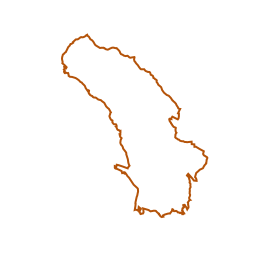 Farau, Alba, Romania, rotated 220°
{"feature_id": "2599482B58805597350523", "entity_name": "Farau", "entity_type": "district", "adm_level": 2, "iso_a3": "ROU", "parent_name": "Romania", "parent_adm1": "Alba", "projection": "equal_earth", "projection_center": [24.029, 46.338], "detail": "fine", "context": "isolated", "style": "outline", "palette": "amber", "viewbox_px": 256, "rotation_deg": 220, "n_neighbors": 0, "source": "geoboundaries", "source_scale": "gbopen_adm2", "svg_char_len": 5780}
<svg xmlns="http://www.w3.org/2000/svg" viewBox="0 0 256 256"><g transform="rotate(220 128 128)"><path d="M219.2,173.2L219.6,172.3L219.6,171.3L220.1,169.8L220.8,168.6L221.5,167.9L221.9,167.8L222.4,167.4L222.8,166.5L222.9,165.6L223.5,163.6L224.9,162.3L225.4,158.4L224.8,158.1L224.9,157.6L225.2,156.7L225.6,155.8L226.0,155.4L225.6,153.4L225.8,151.6L224.8,147.7L224.6,146.6L224.4,146.2L224.7,145.3L224.8,144.6L224.7,143.9L225.0,142.8L225.0,142.2L224.6,141.5L224.2,140.4L223.3,138.9L222.4,138.0L220.4,136.5L219.9,135.4L216.9,135.4L214.1,135.1L213.9,134.2L216.2,134.4L216.3,133.9L215.3,133.2L214.9,132.6L214.5,132.5L214.6,131.6L213.7,131.6L213.2,131.2L213.4,130.3L212.9,129.8L212.6,129.8L212.3,129.6L211.7,129.4L211.5,129.5L211.4,130.4L211.0,130.6L209.5,131.1L209.2,131.6L208.9,131.5L207.4,130.3L207.0,129.8L205.5,129.9L203.6,131.2L200.3,132.6L198.2,132.9L196.2,133.0L194.1,132.7L192.6,133.1L191.5,132.8L189.5,132.7L188.1,132.5L186.1,131.4L182.8,130.5L182.9,131.0L182.8,131.4L182.6,131.5L181.9,131.6L180.6,129.6L180.3,129.4L180.0,129.2L179.0,129.3L178.2,128.9L176.4,129.3L175.9,129.5L175.7,129.4L175.4,129.4L175.0,129.2L173.8,129.4L172.5,130.4L171.9,130.6L169.1,130.7L166.6,131.9L165.5,131.8L162.3,132.0L158.6,130.5L156.4,130.3L155.0,130.4L151.1,128.9L151.2,128.3L151.0,127.7L150.6,127.2L150.0,125.4L149.7,125.0L148.3,124.2L146.6,123.5L145.8,123.4L144.9,123.8L144.6,123.7L143.8,122.5L143.4,122.2L142.0,121.9L141.2,121.9L140.2,122.5L139.8,123.0L139.4,123.1L138.0,122.3L137.7,121.9L138.0,121.3L137.7,121.3L137.3,121.1L135.4,120.1L134.6,120.0L133.8,120.3L133.6,120.5L132.5,120.4L132.0,121.0L130.9,119.7L130.2,118.6L129.8,118.2L130.4,117.8L129.8,117.3L128.2,116.2L126.4,116.1L125.9,114.1L124.5,111.9L123.9,111.4L122.6,110.7L121.5,110.7L120.9,110.5L119.5,109.9L118.5,109.1L115.7,108.5L113.7,108.0L113.1,107.6L112.5,106.8L108.1,104.0L105.4,101.6L103.7,100.5L102.6,100.1L102.6,97.6L102.3,96.9L107.5,95.0L111.5,93.4L113.0,92.6L112.0,90.8L113.6,90.3L112.6,89.1L112.2,88.9L111.5,88.9L110.7,89.4L108.8,90.0L106.5,90.6L105.2,90.9L103.5,89.7L103.3,90.0L102.7,90.3L102.8,91.0L102.7,91.6L101.5,92.0L101.1,91.1L100.9,91.0L100.6,91.3L100.7,91.5L99.8,91.6L97.5,90.8L95.3,90.6L87.2,88.2L82.3,88.0L81.4,87.8L79.7,86.1L79.2,85.4L78.9,84.7L77.5,82.2L77.2,81.3L77.1,80.9L74.6,76.1L73.7,74.8L73.4,74.8L72.0,72.7L70.2,69.6L70.0,70.0L69.5,70.3L68.7,70.9L66.9,71.2L69.0,74.4L67.0,74.4L66.4,74.6L66.1,74.3L65.9,72.8L65.7,72.2L64.9,70.7L63.8,70.7L63.3,70.2L63.0,70.2L61.9,71.9L61.6,72.1L61.6,72.5L62.0,73.6L64.7,76.1L59.5,78.4L57.2,78.6L55.0,81.3L53.6,82.3L53.3,82.4L52.3,82.2L50.6,82.1L49.3,82.3L49.2,82.3L48.8,81.6L48.1,81.8L47.8,81.8L46.8,81.3L46.1,81.2L45.6,81.5L44.9,81.5L44.7,81.8L43.9,82.8L44.5,83.1L45.0,83.5L44.4,84.7L44.4,85.0L42.5,87.9L41.3,89.3L40.9,89.4L41.0,92.1L41.0,92.6L41.6,93.7L41.8,94.3L41.1,94.5L40.9,94.5L40.7,93.8L40.6,93.6L39.3,93.9L38.3,94.8L38.0,95.3L37.5,95.5L36.2,95.6L35.6,95.4L34.8,96.0L34.1,96.1L33.9,96.3L33.4,96.3L33.1,96.7L33.0,97.3L32.5,97.6L31.9,97.5L31.1,96.9L30.6,97.4L30.4,97.4L30.2,98.0L30.3,98.3L30.0,98.7L30.2,98.8L32.0,99.1L32.4,99.5L32.8,99.7L33.3,99.5L33.7,99.7L33.9,100.6L34.6,101.4L34.6,101.8L34.3,102.1L34.2,103.3L34.7,104.0L35.4,103.8L35.6,104.0L36.1,104.4L35.8,104.8L35.7,105.1L35.5,105.3L35.2,105.3L35.1,105.5L34.8,105.5L34.1,105.1L32.3,104.7L30.3,103.7L30.5,105.0L30.5,105.7L30.8,106.3L31.5,107.0L33.0,108.2L33.1,108.5L33.8,109.2L34.3,109.4L34.5,112.0L34.5,112.4L34.1,112.9L35.3,113.0L36.3,113.8L36.9,115.8L37.4,116.7L38.9,117.6L39.3,118.3L39.8,118.8L40.0,119.4L41.6,121.0L42.1,123.0L43.3,124.0L43.8,124.8L44.6,125.6L45.4,125.6L45.9,125.9L46.4,127.0L47.4,127.7L48.1,128.1L48.9,128.7L48.9,129.0L49.6,129.1L49.9,129.4L52.3,129.5L52.4,130.0L52.4,131.6L46.8,130.8L43.7,130.1L41.5,131.6L42.4,132.5L43.6,133.2L45.1,133.5L46.8,137.3L46.8,137.7L46.4,140.2L46.2,142.2L44.8,145.2L44.8,145.9L45.3,147.4L45.2,148.0L45.4,148.5L45.3,151.1L45.7,151.3L45.9,152.1L47.5,154.5L47.6,155.3L48.1,156.2L48.7,156.4L49.4,156.4L49.7,156.2L51.1,156.1L51.9,155.9L52.5,155.9L53.8,156.4L55.0,158.9L59.9,157.9L64.0,157.3L65.0,156.3L66.7,158.1L68.8,156.6L70.5,158.4L73.7,155.0L74.6,154.6L75.3,153.9L76.0,153.6L77.2,153.4L77.9,152.7L79.0,152.1L80.1,151.7L81.6,151.8L82.5,151.3L83.4,151.4L84.6,151.1L85.8,151.2L87.5,153.6L87.7,154.5L87.8,155.5L88.5,155.6L89.2,156.0L89.9,156.6L90.6,157.3L91.1,158.3L91.6,158.9L93.8,158.2L95.1,158.5L95.7,158.5L96.5,159.0L98.0,159.2L98.4,159.6L99.1,159.8L100.2,159.9L100.6,160.4L101.5,160.7L102.1,161.3L102.1,161.8L100.5,162.7L101.1,163.2L101.3,165.2L95.4,166.6L95.5,167.8L96.4,169.5L98.3,171.8L99.1,171.4L99.5,172.8L100.3,176.1L101.3,175.5L102.1,175.4L103.2,176.0L105.3,176.6L106.3,177.1L106.9,177.4L109.1,177.7L110.3,177.6L110.9,177.8L111.6,177.7L112.0,177.9L112.7,177.9L113.2,178.2L114.7,178.6L116.6,178.8L117.5,178.9L119.6,178.2L123.1,178.2L126.2,179.0L128.7,180.5L129.2,180.6L132.6,180.6L134.3,181.4L135.4,181.5L136.0,182.0L136.5,182.9L137.0,183.1L137.4,183.1L138.6,182.8L139.6,183.0L140.6,182.7L140.8,182.7L141.4,183.3L142.1,183.8L143.0,183.9L144.8,183.4L146.4,184.5L146.9,184.7L147.4,184.7L147.9,184.5L148.9,183.7L151.2,183.0L152.1,183.1L152.7,183.3L153.4,183.4L155.7,181.4L156.5,181.3L158.4,181.7L161.1,182.5L162.4,182.6L164.0,182.9L164.5,183.2L165.1,183.2L166.1,183.4L167.4,184.4L168.5,186.4L168.8,186.4L169.4,185.6L170.1,184.9L171.3,183.4L172.2,183.0L172.9,183.0L174.1,183.1L174.8,183.0L176.1,181.5L177.9,180.7L179.1,180.7L180.8,180.1L182.2,180.5L183.6,181.3L185.8,181.7L187.2,181.7L188.0,181.9L189.1,181.0L190.7,180.3L191.8,179.3L192.8,177.4L193.5,175.6L193.9,175.0L194.2,174.8L195.9,174.0L196.6,174.1L197.3,173.8L197.6,174.0L198.6,173.6L199.1,173.0L199.8,172.5L200.9,171.3L205.5,170.6L206.6,170.6L207.3,170.8L209.7,171.7L211.1,172.0L212.2,172.1L213.8,171.8L216.7,172.8L218.3,172.6L219.2,173.2Z" fill="none" stroke="#b45309" stroke-width="2"/></g></svg>